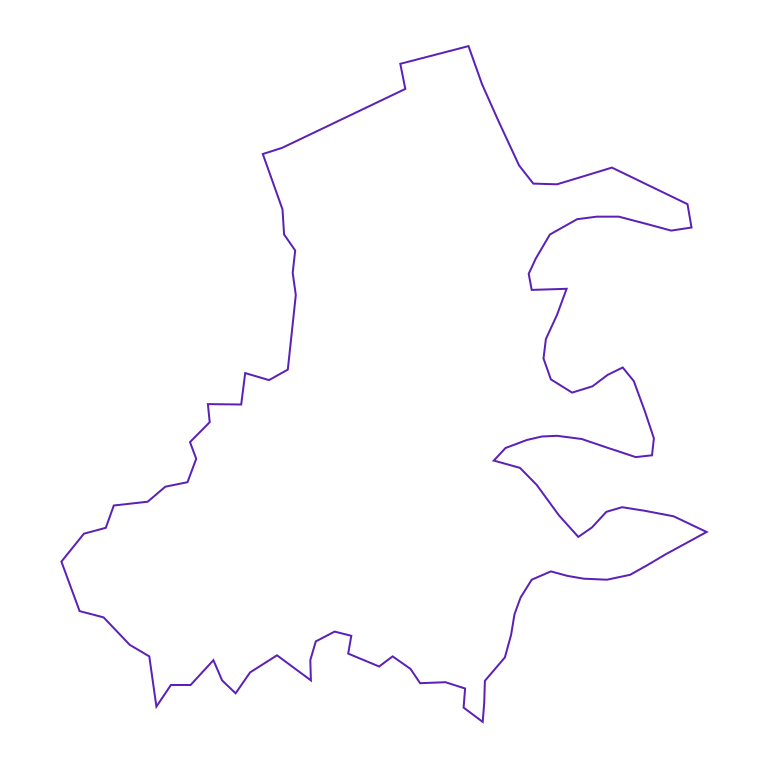 Sagrada Família, Rio Grande do Sul, Brazil (Mercator projection)
{"feature_id": "56859067B13063970392536", "entity_name": "Sagrada Família", "entity_type": "district", "adm_level": 2, "iso_a3": "BRA", "parent_name": "Brazil", "parent_adm1": "Rio Grande do Sul", "projection": "mercator", "projection_center": [-53.123, -27.702], "detail": "fine", "context": "isolated", "style": "outline", "palette": "violet", "viewbox_px": 768, "rotation_deg": 0, "n_neighbors": 0, "source": "geoboundaries", "source_scale": "gbopen_adm2", "svg_char_len": 1488}
<svg xmlns="http://www.w3.org/2000/svg" viewBox="0 0 768 768"><path d="M262.8,154.0L282.5,209.4L284.1,234.5L295.2,250.5L292.7,272.8L295.8,295.1L287.8,369.6L269.0,380.1L245.2,373.1L241.2,404.5L207.9,404.1L209.7,422.2L190.0,442.1L196.2,458.8L187.5,482.2L165.3,486.7L147.7,501.7L113.8,505.5L105.8,527.8L83.9,533.7L61.4,561.6L79.6,611.1L103.6,617.4L129.8,644.9L149.3,656.4L156.4,706.6L170.9,685.0L190.6,685.0L213.4,660.2L222.1,680.4L235.6,693.3L250.1,672.4L277.0,655.3L310.9,680.4L310.3,660.2L315.8,641.4L334.6,631.6L351.3,635.8L348.2,653.6L379.1,666.5L392.6,656.4L410.5,668.9L420.1,683.2L445.4,682.2L465.1,688.5L463.6,707.6L482.7,721.9L484.2,703.1L484.9,680.8L504.9,657.4L511.1,634.8L514.5,614.2L520.6,597.5L531.7,579.7L550.9,571.4L567.5,575.9L583.9,578.7L607.0,579.7L630.1,574.8L647.4,565.1L665.6,554.3L706.6,532.0L673.6,516.3L644.3,510.7L622.1,507.2L606.4,511.8L591.9,527.5L578.3,536.9L558.9,515.3L536.7,484.9L520.0,467.9L493.8,460.6L505.5,448.0L526.8,440.0L541.9,436.5L557.0,435.8L581.7,439.0L606.1,447.3L635.7,457.1L652.0,455.3L653.9,438.3L644.9,411.4L633.8,381.1L622.7,367.5L607.6,374.9L592.5,386.3L572.1,392.6L550.9,379.4L543.5,358.5L545.9,339.0L557.0,314.9L566.6,288.8L531.7,289.9L528.7,273.8L535.8,258.5L549.9,234.5L577.1,219.2L596.5,216.7L619.0,216.7L652.0,225.4L671.2,230.6L691.5,227.5L687.5,204.2L611.9,167.6L557.0,184.3L533.3,183.6L519.1,165.5L498.4,120.9L482.1,84.4L468.5,46.1L400.3,63.8L405.3,88.9L282.2,147.8L262.8,154.0Z" fill="none" stroke="#5b21b6" stroke-width="2"/></svg>